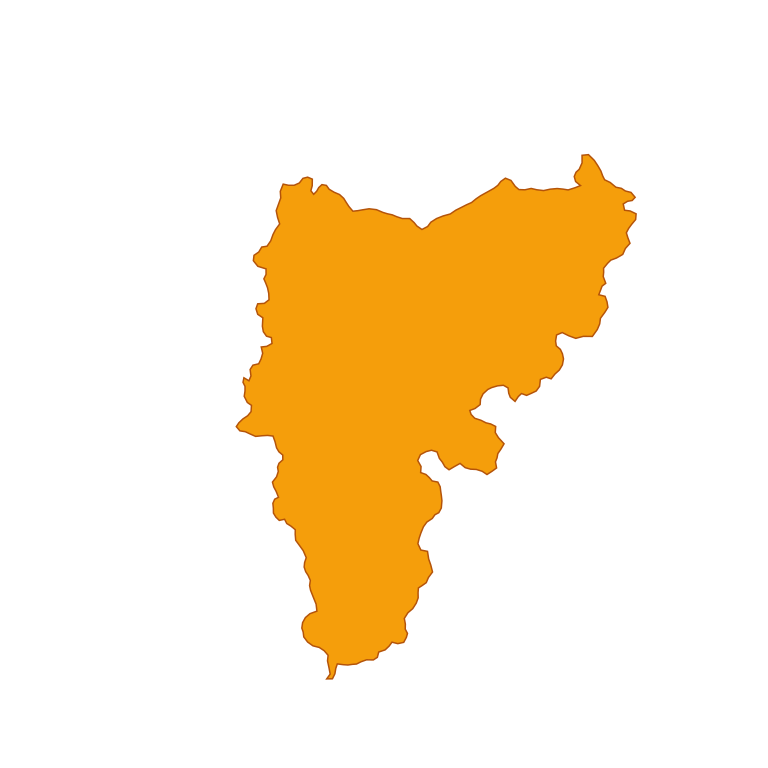 the district of Coroaci, Minas Gerais, Brazil, rotated 114°
{"feature_id": "56859067B21636195282600", "entity_name": "Coroaci", "entity_type": "district", "adm_level": 2, "iso_a3": "BRA", "parent_name": "Brazil", "parent_adm1": "Minas Gerais", "projection": "mercator", "projection_center": [-42.262, -18.628], "detail": "fine", "context": "isolated", "style": "filled", "palette": "amber", "viewbox_px": 768, "rotation_deg": 114, "n_neighbors": 0, "source": "geoboundaries", "source_scale": "gbopen_adm2", "svg_char_len": 4367}
<svg xmlns="http://www.w3.org/2000/svg" viewBox="0 0 768 768"><g transform="rotate(114 384 384)"><path d="M414.9,247.0L409.8,250.5L405.5,250.7L401.3,251.7L395.9,250.7L389.8,250.0L386.5,257.6L383.1,262.6L377.4,264.7L377.1,270.3L378.0,275.1L377.7,280.7L378.4,287.2L376.4,292.0L373.3,294.9L369.4,290.9L363.7,287.8L358.5,289.7L352.7,289.5L346.7,286.9L343.5,284.2L339.5,279.5L336.6,274.4L337.1,269.1L341.7,266.3L344.8,263.2L346.6,257.2L340.8,256.2L336.8,254.5L336.4,249.1L332.8,245.8L328.5,242.1L322.9,240.9L316.2,243.0L311.8,238.5L311.3,233.4L305.4,231.9L299.9,229.5L294.0,228.8L288.1,230.2L283.8,233.3L280.6,237.0L279.1,242.1L275.0,244.7L269.0,246.3L264.5,242.1L264.8,234.9L264.3,227.4L259.4,221.3L255.8,213.0L247.5,211.3L241.4,211.4L235.9,213.0L228.7,211.4L222.9,210.6L218.2,213.7L214.0,217.7L215.1,224.1L210.6,224.3L205.9,224.6L201.8,222.4L196.7,227.4L192.5,228.8L188.9,230.5L182.7,228.8L178.6,227.2L174.4,222.9L168.5,218.6L162.0,218.6L155.4,216.5L151.1,220.8L147.3,224.1L142.4,223.8L137.4,222.7L131.4,221.0L126.0,222.9L125.8,229.5L127.4,234.9L122.2,238.7L118.0,235.8L115.4,231.9L111.3,230.5L108.5,236.3L109.5,242.0L108.7,246.7L109.9,252.2L107.9,259.3L107.7,265.5L105.0,268.8L101.2,272.5L97.8,277.2L94.2,282.8L91.3,290.5L94.5,296.1L101.4,293.0L108.5,293.0L112.4,294.7L117.1,294.6L121.1,291.3L122.8,285.2L126.9,289.2L131.8,294.7L133.2,299.9L135.0,305.3L138.4,311.4L142.4,316.9L144.4,323.4L145.5,329.1L149.3,334.3L151.5,339.8L150.1,344.5L146.4,350.8L146.6,356.8L151.5,359.7L156.2,360.8L160.4,363.1L165.0,366.5L168.3,369.0L172.7,372.3L177.4,375.2L182.6,377.8L186.7,381.5L190.9,384.9L196.0,389.1L201.7,392.6L206.4,398.3L211.5,403.3L217.1,407.0L222.4,408.2L227.4,412.2L226.3,418.2L224.3,422.1L222.4,427.8L225.4,434.6L226.0,440.4L226.1,445.3L227.1,450.1L227.7,454.8L227.8,461.8L230.0,468.9L233.7,474.6L236.3,478.4L238.8,482.7L236.1,488.3L233.4,492.5L230.8,496.3L229.0,501.7L229.1,507.6L228.4,513.3L226.0,517.4L227.1,521.8L231.1,523.5L235.2,523.9L239.3,525.4L237.2,529.4L232.1,530.2L226.0,532.8L226.1,537.9L229.1,541.7L234.8,543.1L239.0,546.9L241.3,552.1L242.4,557.4L250.2,557.1L256.0,554.0L262.8,553.5L269.5,553.0L275.1,549.0L280.2,544.4L287.0,545.9L292.7,546.2L299.2,545.7L305.7,546.9L308.6,551.4L314.4,552.1L319.3,555.1L324.5,553.5L327.8,547.1L326.8,538.6L331.9,536.3L336.8,536.5L339.9,533.1L343.5,529.5L348.2,526.1L353.8,523.3L359.0,526.1L362.1,532.0L367.3,531.6L371.7,527.7L372.8,521.6L380.7,518.6L385.3,515.5L388.1,510.8L387.4,505.8L392.5,502.8L397.3,506.4L400.1,511.2L405.3,507.3L411.3,506.5L416.5,506.7L420.1,511.4L425.2,512.2L430.8,508.8L436.0,508.7L435.3,514.5L439.8,513.5L442.7,510.0L447.0,508.1L452.1,506.7L456.5,501.3L457.4,496.4L463.3,494.2L468.4,495.6L473.3,498.7L478.4,500.8L483.0,501.6L485.4,496.6L484.0,491.3L484.1,485.7L484.1,480.0L481.0,474.6L478.3,469.4L476.7,464.2L481.0,460.1L486.0,456.2L488.7,452.4L490.1,447.6L494.4,445.6L499.1,447.7L503.3,447.4L506.9,445.0L512.5,444.4L519.0,446.0L522.8,442.9L526.1,438.7L530.4,434.3L533.7,437.0L538.2,437.0L542.4,434.6L546.9,432.5L549.6,428.6L551.2,424.2L548.0,419.8L551.0,416.1L551.7,411.1L553.2,405.8L557.4,404.0L562.7,401.1L565.5,396.2L569.1,390.0L574.3,384.4L579.4,383.9L583.7,382.5L587.3,379.2L589.7,375.5L593.4,371.4L598.4,370.0L602.3,367.2L607.0,362.4L612.7,356.5L618.8,352.9L623.9,358.2L629.3,360.8L635.1,361.3L640.4,359.8L643.4,357.0L647.7,354.4L650.8,348.8L652.1,342.4L651.0,336.0L652.0,330.1L654.6,324.7L659.9,323.0L665.8,318.7L670.9,315.2L676.7,316.4L674.3,311.2L668.7,311.0L663.3,312.4L658.7,312.8L657.0,307.1L655.4,302.7L653.0,298.9L651.0,295.2L647.2,292.1L643.1,287.8L640.4,281.5L636.4,278.9L631.0,279.8L626.4,274.8L621.3,272.7L616.6,271.7L615.6,265.8L612.0,260.9L606.4,260.5L602.3,261.1L599.3,264.9L594.7,266.8L589.9,270.1L583.2,269.1L577.6,266.4L571.1,265.4L565.5,265.8L560.8,268.0L556.3,269.6L552.5,267.1L548.3,264.6L542.7,264.7L536.0,263.2L530.4,267.6L525.7,272.0L519.2,276.2L520.7,282.8L516.1,288.1L510.4,289.2L505.1,289.7L498.4,289.9L492.7,288.7L487.2,285.2L482.7,284.3L479.3,281.6L474.0,281.2L467.1,283.6L462.8,286.1L459.0,288.5L455.0,290.9L451.7,294.9L453.0,300.6L451.1,304.5L449.6,308.9L450.0,314.5L444.3,316.6L440.2,322.1L433.7,322.0L428.6,318.0L425.2,313.7L424.5,307.9L429.4,303.2L431.7,298.9L434.8,294.7L435.9,289.7L430.8,286.1L425.6,282.2L427.4,275.8L426.6,270.3L424.5,264.9L423.8,258.8L424.8,253.1L420.1,250.0L414.9,247.0Z" fill="#f59e0b" stroke="#b45309" stroke-width="1.5"/></g></svg>